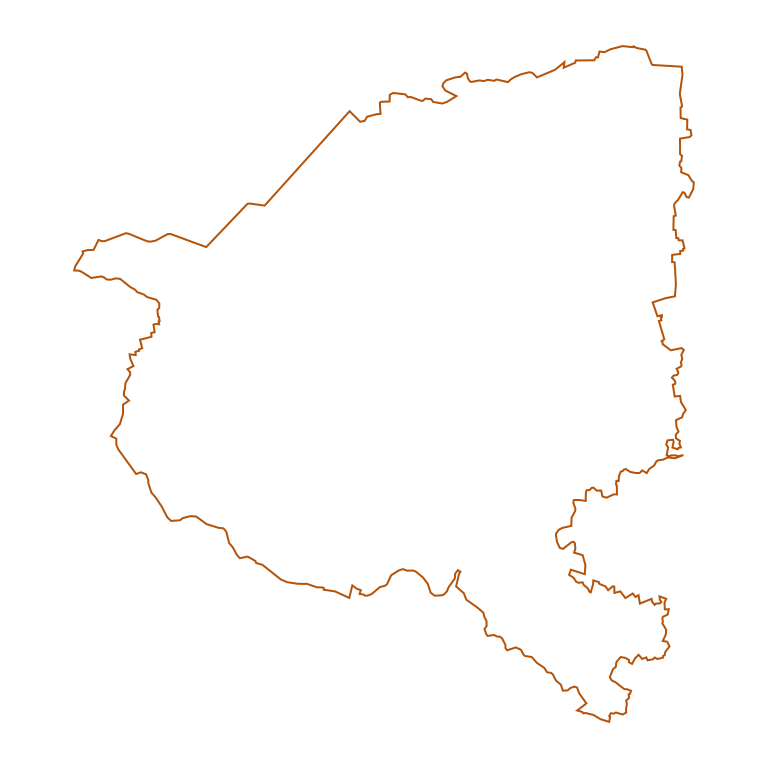 the district of Kamphaeng Saen, Nakhon Pathom, Thailand
{"feature_id": "78962969B43600693402373", "entity_name": "Kamphaeng Saen", "entity_type": "district", "adm_level": 2, "iso_a3": "THA", "parent_name": "Thailand", "parent_adm1": "Nakhon Pathom", "projection": "albers", "projection_center": [99.979, 14.019], "detail": "fine", "context": "isolated", "style": "outline", "palette": "amber", "viewbox_px": 768, "rotation_deg": 0, "n_neighbors": 0, "source": "geoboundaries", "source_scale": "gbopen_adm2", "svg_char_len": 6064}
<svg xmlns="http://www.w3.org/2000/svg" viewBox="0 0 768 768"><path d="M349.3,597.9L352.3,585.4L356.8,588.7L360.8,590.2L359.6,594.0L363.4,594.5L365.1,595.7L367.7,595.6L371.7,594.0L379.8,587.1L385.3,585.6L387.1,584.1L391.1,575.3L398.5,570.6L402.8,569.1L407.4,570.7L412.8,570.5L415.7,571.5L423.0,577.5L427.8,583.9L430.7,592.7L434.7,595.7L441.9,595.3L444.0,594.4L446.8,591.5L448.7,587.1L454.8,578.5L455.2,573.6L458.0,570.1L460.4,571.9L459.1,573.6L456.1,586.4L463.8,593.2L466.3,599.7L477.1,607.3L483.3,612.6L484.5,617.2L486.5,620.9L486.6,626.1L484.5,629.0L486.2,634.0L487.6,635.9L494.0,635.0L497.0,636.5L499.9,636.7L502.1,638.4L505.4,644.8L505.5,648.1L507.2,650.3L515.8,647.4L521.0,649.8L523.4,654.5L525.0,656.0L531.7,657.0L537.0,663.0L544.1,667.7L547.1,672.3L551.0,672.9L552.7,674.2L556.1,680.7L560.9,684.7L562.8,690.6L567.6,690.4L570.4,688.0L574.4,686.6L577.1,687.6L579.2,693.3L586.4,703.4L577.2,710.5L582.2,711.9L583.0,713.3L585.7,713.0L593.3,714.9L600.6,719.2L609.2,721.9L610.1,716.9L609.2,716.2L610.7,713.3L613.8,713.6L615.9,712.5L622.6,714.5L626.2,712.6L626.0,709.0L626.9,704.1L626.2,700.5L629.0,698.0L628.7,694.2L629.8,694.1L631.1,690.8L627.3,689.3L624.3,689.1L615.3,682.1L611.7,680.4L609.8,677.1L613.0,669.2L615.8,666.9L616.3,662.4L618.5,659.5L620.8,657.0L625.2,657.9L628.9,659.9L628.9,662.2L632.0,663.9L635.0,658.4L638.6,654.8L642.2,659.0L646.3,657.4L647.5,660.3L653.0,659.3L654.7,657.5L657.3,659.0L662.9,657.7L663.2,655.8L664.6,655.3L665.3,651.9L669.5,646.4L667.2,641.7L662.8,641.0L665.8,634.5L666.2,629.8L662.3,623.2L662.9,621.1L662.3,618.5L662.9,616.8L667.6,614.6L668.8,609.2L664.8,609.4L664.5,602.6L666.2,598.8L659.5,596.4L659.8,599.7L661.3,602.1L659.8,603.4L655.9,603.6L654.6,604.9L651.9,601.4L651.6,598.8L639.9,603.6L638.5,595.2L635.5,597.0L632.7,593.5L625.4,598.1L620.4,591.4L614.4,592.9L614.3,586.6L612.7,586.3L608.1,590.2L605.5,586.4L600.1,584.2L599.0,583.5L598.9,582.1L593.3,580.4L593.1,584.2L590.7,592.4L589.7,592.0L587.7,588.3L583.8,585.0L582.5,582.3L578.7,582.8L576.3,581.9L573.8,578.0L569.1,574.8L570.9,569.7L584.8,574.2L585.4,565.2L582.7,555.2L574.1,552.6L575.4,548.6L574.8,543.1L573.5,541.8L571.2,542.4L563.0,548.9L559.8,547.9L557.0,541.9L555.9,534.9L556.2,533.3L558.9,529.7L562.4,527.9L571.3,525.9L571.6,517.6L575.1,511.2L575.4,508.5L573.4,503.2L573.5,500.6L574.1,500.0L579.0,500.0L585.7,500.9L585.9,492.4L586.6,490.3L589.7,490.0L591.7,487.9L593.6,487.7L596.6,490.6L601.2,490.6L602.4,496.4L606.5,497.7L613.9,494.3L617.0,494.5L616.8,485.4L616.0,484.6L616.4,480.8L618.6,481.0L619.0,476.2L620.7,471.6L622.7,471.1L624.0,469.5L626.0,469.1L630.1,471.9L635.8,473.0L639.6,473.0L642.2,470.4L646.7,473.1L649.3,468.9L654.2,465.5L656.2,461.7L657.9,460.4L663.2,459.6L668.0,457.4L674.8,458.3L683.4,455.1L677.1,456.3L676.2,455.4L671.4,455.3L669.4,456.2L666.7,455.3L668.1,447.2L666.2,444.6L667.5,440.4L673.0,439.7L673.7,441.6L672.4,447.5L677.7,449.3L678.5,447.9L680.9,447.4L679.3,443.3L680.0,441.0L676.0,438.3L675.8,434.7L678.5,431.7L676.5,426.9L676.0,420.1L682.1,417.3L683.0,414.2L685.8,409.9L681.0,402.2L680.1,395.9L674.7,396.5L672.8,384.7L675.1,384.0L675.4,382.6L674.8,380.6L671.9,377.6L673.6,375.6L677.1,374.9L678.0,373.8L678.3,372.2L676.6,368.8L681.2,366.3L681.6,364.7L680.8,362.5L682.3,358.8L681.3,354.9L683.8,350.0L681.5,348.1L670.8,350.3L662.7,344.2L662.6,342.3L661.6,341.2L664.3,339.3L658.9,321.0L661.4,320.3L660.8,317.4L661.9,317.0L661.9,315.2L657.4,316.2L652.7,302.4L665.5,298.2L674.9,296.3L675.9,284.6L675.0,267.9L674.6,262.3L672.1,262.0L672.2,254.9L680.3,253.9L680.2,251.0L683.2,250.6L683.1,248.9L684.5,248.5L682.6,240.4L678.6,240.3L678.3,238.2L676.3,238.1L675.7,230.1L673.4,229.8L673.7,216.2L675.8,215.6L674.1,206.0L674.5,203.6L678.2,199.7L682.7,192.2L684.5,192.7L686.5,197.0L688.9,197.6L693.3,188.9L693.8,182.3L692.0,181.0L688.3,175.1L681.2,172.3L681.4,168.1L679.3,165.4L680.2,161.5L681.3,161.3L682.0,155.9L680.1,154.1L680.0,138.6L689.5,137.1L691.4,135.4L690.6,130.0L687.1,129.4L687.3,119.6L680.7,118.1L680.5,107.4L681.9,106.7L682.0,105.7L679.8,94.0L682.5,74.7L681.7,66.7L653.0,65.0L651.8,64.4L646.3,50.5L645.3,49.7L636.8,48.0L633.5,46.3L633.0,47.2L622.6,46.1L610.3,49.3L604.5,52.2L599.5,51.5L598.0,57.4L595.9,57.3L594.3,60.3L575.7,60.5L575.2,62.7L563.7,67.7L564.4,62.2L555.0,69.8L537.0,77.4L532.4,72.9L529.4,72.2L521.3,74.2L515.1,76.8L511.0,79.2L508.0,82.1L496.4,79.5L494.3,80.8L487.7,79.8L483.7,81.1L479.6,80.4L471.6,81.9L470.0,81.5L467.9,78.2L466.9,73.6L465.0,72.6L460.6,76.7L455.3,77.4L446.0,80.4L443.3,83.5L442.4,86.1L445.3,90.5L456.4,96.1L446.8,102.0L442.1,103.5L433.0,101.9L431.3,99.2L425.2,98.6L423.1,100.7L421.4,100.9L410.8,97.0L407.8,97.2L405.2,94.3L393.0,93.0L389.8,94.8L389.6,101.5L381.2,101.8L379.8,102.6L380.5,113.9L376.7,114.2L367.1,116.7L364.7,120.8L360.2,121.8L349.6,111.2L264.6,205.6L249.6,203.5L247.4,203.9L206.2,247.1L170.6,234.0L167.6,234.1L155.7,240.6L150.1,241.7L146.6,241.1L128.6,233.7L125.9,233.2L104.8,241.1L101.9,241.2L98.5,239.9L93.6,249.9L87.6,250.1L82.5,251.4L83.2,253.5L75.2,266.4L74.2,270.5L78.4,270.6L81.1,271.5L91.4,278.0L101.1,276.4L103.5,277.1L106.7,279.5L110.8,279.7L116.0,278.3L120.3,279.0L130.2,287.0L134.9,289.6L137.4,292.2L143.7,294.4L147.2,297.1L156.4,299.8L159.3,303.3L159.2,308.2L157.4,309.7L158.1,316.5L159.0,317.0L159.6,321.2L158.6,321.4L159.1,324.3L156.1,323.9L153.5,324.6L154.6,332.2L151.2,333.0L151.5,336.8L140.0,339.7L142.2,348.2L138.9,349.5L139.1,350.8L135.4,351.8L135.7,355.1L129.6,354.3L130.1,358.2L133.4,366.1L127.5,369.1L130.1,372.3L130.2,374.9L125.4,383.2L125.0,388.8L123.9,392.2L124.0,395.6L129.0,400.6L123.0,404.7L123.0,413.8L119.9,424.1L114.5,430.3L110.9,436.0L116.3,438.6L116.3,444.5L118.2,449.2L136.1,474.0L140.9,472.3L146.1,474.3L148.3,480.1L148.2,482.7L151.4,492.6L155.6,497.4L161.9,506.8L167.2,517.2L171.1,520.9L180.0,520.3L182.7,518.1L190.6,516.1L196.4,516.6L206.5,524.1L218.5,527.8L223.5,528.4L226.3,531.7L229.1,543.0L233.1,547.8L236.5,554.3L239.8,558.2L247.7,556.6L255.3,560.9L256.2,563.0L262.4,564.8L280.9,579.5L287.2,582.2L297.7,583.8L307.0,583.9L316.9,587.3L322.2,587.4L323.9,588.1L323.7,589.7L335.0,591.4L349.3,597.9Z" fill="none" stroke="#b45309" stroke-width="2"/></svg>